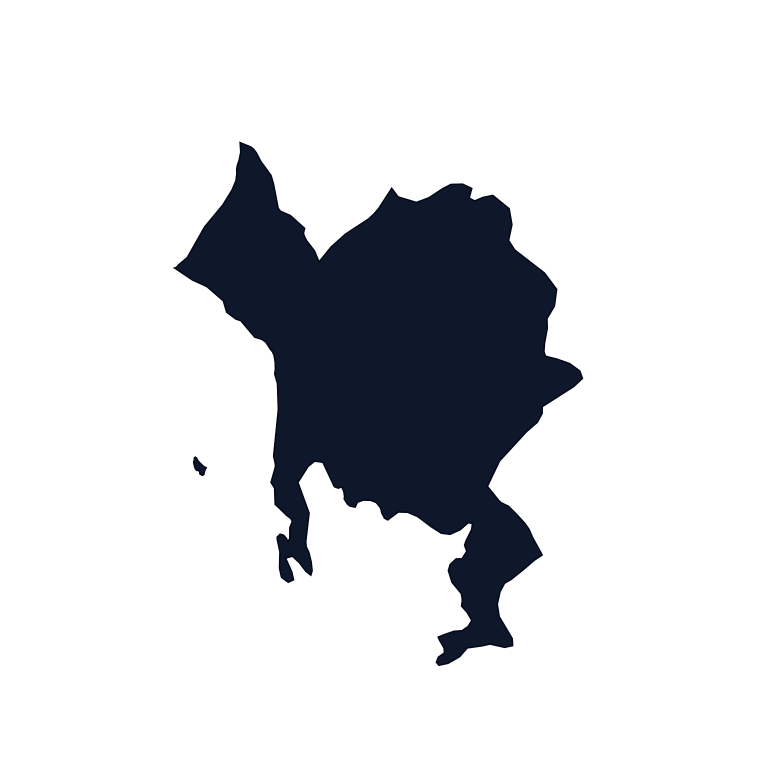 SVG path tracing the border of Ngöbe Buglé, rotated 217°
{"feature_id": "PAN-3454", "entity_name": "Ngöbe Buglé", "entity_type": "Indigenous Territory", "adm_level": 1, "iso_a3": "PAN", "parent_name": "Panama", "parent_adm1": "", "projection": "natural_earth1", "projection_center": [-81.839, 8.721], "detail": "fine", "context": "isolated", "style": "filled", "palette": "ink", "viewbox_px": 768, "rotation_deg": 217, "n_neighbors": 0, "source": "natural_earth", "source_scale": "10m", "svg_char_len": 2932}
<svg xmlns="http://www.w3.org/2000/svg" viewBox="0 0 768 768"><g transform="rotate(217 384 384)"><path d="M299.3,277.6L302.9,277.2L308.0,279.6L312.2,283.0L318.8,284.7L324.7,283.0L330.6,278.9L334.1,273.6L332.9,268.3L337.5,266.1L341.0,266.1L346.7,268.3L347.5,270.1L351.4,274.0L355.8,276.4L357.8,273.3L361.9,272.1L385.7,284.7L393.0,280.6L395.0,272.5L393.5,253.6L366.1,235.8L351.8,211.3L348.1,207.1L342.8,204.4L335.3,198.3L329.0,191.6L327.4,187.3L333.6,187.4L343.9,190.3L353.5,191.4L357.8,185.7L344.7,178.5L338.4,173.2L341.2,168.0L349.5,167.9L356.5,173.9L366.1,187.3L375.5,195.4L377.2,197.5L376.6,201.5L373.3,202.8L369.1,202.0L366.1,200.4L366.1,203.6L369.4,208.2L372.6,212.3L374.6,219.2L377.6,220.5L383.0,220.5L392.5,221.8L398.5,222.4L408.7,235.0L415.0,237.4L421.0,252.8L423.0,255.1L428.7,259.9L453.0,300.0L469.3,320.2L477.3,326.2L479.7,330.5L484.1,336.0L488.9,340.6L492.4,342.6L496.0,343.5L503.4,346.3L508.3,346.2L515.5,343.6L536.5,348.4L541.4,346.7L552.8,346.6L562.3,353.7L584.0,355.2L599.5,351.8L621.1,350.6L619.9,352.2L619.9,354.8L617.2,366.6L621.8,401.4L620.5,430.0L622.1,447.4L624.6,457.3L628.1,463.4L631.2,467.3L633.0,471.2L634.4,475.6L637.9,482.9L644.2,490.2L633.1,493.1L629.7,493.1L625.1,491.8L616.2,487.6L599.8,482.6L593.0,477.6L574.3,460.7L570.7,459.7L560.1,462.2L541.0,460.5L539.1,456.0L536.7,454.2L532.2,451.9L519.7,448.5L509.4,442.4L508.7,461.7L505.0,480.5L495.6,506.7L494.3,514.5L493.9,521.4L495.6,544.9L485.4,541.9L467.4,548.5L460.2,559.8L454.5,575.8L450.6,583.7L441.5,590.9L431.6,593.0L427.9,583.8L421.8,584.7L417.2,592.6L410.6,600.1L389.5,599.3L377.7,588.2L370.9,573.6L360.2,569.7L322.6,569.2L303.1,563.5L294.8,548.9L293.2,534.3L287.1,526.7L280.3,513.1L275.8,506.2L271.9,503.4L268.0,504.9L261.3,507.8L248.1,512.0L235.4,512.2L228.9,507.9L230.9,496.3L244.0,461.1L240.0,455.7L238.5,445.8L241.5,431.8L245.4,392.1L239.8,364.3L239.2,364.3L222.4,360.1L219.3,359.7L213.6,360.7L211.4,361.3L200.3,359.8L187.8,357.5L180.4,355.1L173.1,350.9L155.5,343.0L154.8,342.6L157.9,333.7L161.0,319.6L164.8,304.6L167.8,297.5L166.3,287.8L161.0,276.3L151.9,267.5L136.7,261.3L128.3,257.8L123.8,252.5L129.1,246.3L142.8,240.1L148.1,233.9L158.7,223.3L159.5,211.8L164.8,199.4L170.9,192.4L174.7,193.3L176.2,198.6L173.9,205.6L177.0,209.2L185.3,212.7L188.4,214.5L184.6,220.7L179.3,228.6L173.2,233.9L170.9,241.0L171.6,248.0L180.0,251.6L188.4,253.3L191.4,258.6L196.0,263.1L210.4,266.6L220.3,273.7L222.6,279.8L221.1,287.8L216.5,291.3L217.2,300.2L222.6,303.7L224.1,308.1L226.4,320.5L229.4,325.8L233.2,324.0L235.5,313.4L240.8,303.7L248.4,299.3L260.6,298.4L277.3,298.4L287.9,295.8L295.5,290.4L298.6,279.9L299.2,277.7L299.3,277.6ZM477.0,201.4L478.1,202.7L480.4,203.5L481.3,202.4L483.2,202.6L485.5,204.0L487.7,205.8L489.3,207.6L489.8,209.4L491.0,210.7L490.7,212.0L488.9,212.0L486.9,210.8L483.5,210.2L479.4,209.7L477.5,209.7L475.6,210.2L475.1,207.2L474.2,205.0L473.4,203.2L474.1,201.7L477.0,201.4Z" fill="#0f172a" stroke="#020617" stroke-width="1.5"/></g></svg>